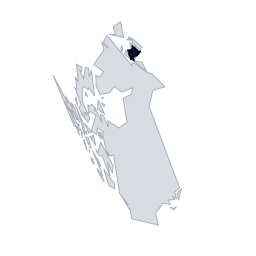 New Brunswick highlighted on a map of Canada, rotated 248°
{"feature_id": "CAN-684", "entity_name": "New Brunswick", "entity_type": "Province", "adm_level": 1, "iso_a3": "CAN", "parent_name": "Canada", "parent_adm1": "", "projection": "equal_earth", "projection_center": [-65.996, 46.339], "detail": "medium", "context": "in_parent", "style": "filled", "palette": "ink", "viewbox_px": 256, "rotation_deg": 248, "n_neighbors": 0, "source": "natural_earth", "source_scale": "10m", "svg_char_len": 5321}
<svg xmlns="http://www.w3.org/2000/svg" viewBox="0 0 256 256"><g transform="rotate(248 128 128)"><path d="M45.2,132.2L38.3,121.3L26.6,119.9L42.4,97.5L52.8,99.6L52.1,98.7L66.6,96.6L58.9,98.4L56.8,99.2L57.1,99.5L70.4,95.7L108.7,104.7L108.6,101.5L113.9,99.8L108.5,99.8L113.3,99.1L130.4,101.9L128.4,100.3L131.1,100.0L134.0,100.5L132.2,103.2L133.2,104.2L139.4,99.7L134.1,96.4L139.1,92.9L151.4,102.9L157.3,99.4L156.4,97.1L164.8,99.5L162.0,100.1L163.8,103.1L159.4,104.7L157.2,103.4L156.6,103.2L156.0,103.5L158.4,105.1L142.1,105.7L151.1,107.5L148.3,109.9L136.1,110.0L142.1,112.1L131.4,119.4L133.7,129.3L157.4,134.6L157.8,143.2L163.4,147.7L163.6,135.8L171.7,130.5L167.6,124.4L169.5,114.7L179.3,114.2L188.6,118.0L185.8,120.6L189.4,126.5L199.8,120.0L209.2,134.7L216.9,136.0L209.9,138.8L210.1,140.0L217.0,137.3L221.6,143.3L183.8,155.1L186.9,156.2L183.0,160.5L180.6,161.2L175.0,164.6L168.2,171.0L152.3,177.7L153.8,165.3L140.0,155.6L53.3,153.4L51.1,147.4L44.4,146.5L48.0,143.7L44.3,144.5L46.0,138.2L41.4,138.6L45.2,132.2ZM154.7,94.8L158.3,94.8L157.9,90.8L165.7,89.8L166.5,93.1L185.0,93.8L183.0,95.1L195.0,98.4L189.5,99.2L206.4,104.1L201.6,108.1L197.7,106.1L199.7,104.9L190.5,105.1L199.9,111.1L198.4,113.8L190.0,111.1L195.7,115.8L170.0,108.9L180.2,106.8L178.5,105.2L183.3,102.7L180.1,99.5L169.8,95.6L151.7,96.3L148.3,93.0L159.0,89.7L155.3,91.5L158.0,94.1L154.7,94.8ZM149.2,78.9L205.2,78.3L172.8,81.7L180.6,82.2L165.9,84.1L173.5,84.7L168.0,85.8L151.2,85.3L156.8,84.3L154.7,83.4L161.3,84.0L163.0,83.9L165.0,83.1L157.3,82.1L164.0,82.1L166.9,81.9L158.3,80.3L169.4,81.1L164.9,80.3L176.3,79.7L172.9,79.6L176.4,79.1L149.2,78.9ZM90.0,93.3L112.3,93.6L112.8,90.8L116.3,90.7L124.9,97.2L98.7,100.0L91.8,96.7L103.4,96.2L90.0,93.3ZM193.5,165.9L188.2,158.3L183.9,165.5L173.9,166.4L197.6,152.5L200.8,154.8L194.6,156.5L200.1,162.3L209.2,165.4L197.8,171.4L196.2,168.1L203.2,165.2L193.5,165.9ZM81.6,88.7L99.0,90.1L81.5,94.6L76.5,92.9L81.6,88.7ZM139.2,80.5L156.2,80.2L160.8,81.5L148.4,82.9L143.6,81.9L149.1,81.4L139.2,80.5ZM137.3,84.9L152.1,86.9L170.3,87.7L146.7,88.2L137.3,84.9ZM96.4,87.2L120.2,86.5L105.5,88.6L102.1,88.1L109.1,87.2L96.4,87.2ZM222.3,145.3L219.3,151.4L227.3,152.3L229.4,160.8L213.5,157.7L222.3,145.3ZM123.5,91.5L135.2,89.6L132.1,91.1L135.0,93.2L123.5,91.5ZM150.0,111.4L156.7,106.9L165.3,110.9L150.0,111.4ZM138.1,89.8L148.5,89.5L137.9,92.8L138.1,89.8ZM102.2,84.0L98.0,85.6L87.0,85.8L95.4,84.1L102.2,84.0ZM135.6,85.3L134.3,87.5L125.3,86.6L129.0,86.3L127.8,85.3L135.6,85.3ZM122.3,81.7L132.5,82.2L134.0,83.1L122.3,81.7ZM42.3,147.9L48.9,149.1L52.2,155.1L42.3,147.9ZM167.1,89.8L174.3,90.1L176.4,91.3L167.1,89.8ZM127.0,98.8L134.0,98.2L135.8,99.3L127.0,98.8ZM140.6,86.6L140.8,88.2L137.0,87.5L140.6,86.6ZM137.5,82.1L141.7,83.0L135.7,82.1L137.5,82.1ZM174.0,100.6L177.1,102.3L172.8,102.2L174.0,100.6ZM108.9,83.1L114.0,83.1L106.9,83.4L108.9,83.1ZM120.4,90.0L117.0,90.5L115.6,90.1L120.4,90.0ZM210.4,159.8L209.9,163.9L211.0,162.1L212.2,163.2L210.1,164.4L208.1,164.0L210.4,159.8ZM112.1,82.2L114.7,82.6L107.3,82.7L112.1,82.2ZM206.9,153.0L203.8,152.6L200.2,150.5L204.2,151.1L206.9,153.0ZM161.1,113.0L158.6,114.9L156.7,114.3L158.1,113.1L161.1,113.0ZM35.0,139.9L38.8,137.4L36.8,140.0L35.0,139.9ZM139.0,83.6L144.2,83.4L145.0,83.6L139.0,83.6ZM125.9,85.5L124.4,86.4L122.6,85.8L125.9,85.5ZM200.5,160.8L202.3,161.2L206.6,161.7L204.6,163.2L200.5,160.8ZM165.3,114.5L165.9,116.4L164.6,115.9L165.3,114.5ZM97.3,85.9L94.3,86.8L93.3,86.6L97.3,85.9ZM150.5,83.7L148.9,84.1L148.6,83.7L150.5,83.7ZM121.9,83.6L121.7,84.3L120.5,83.5L121.9,83.6ZM35.3,140.4L36.3,141.2L37.1,143.4L35.3,140.4Z" fill="#d9dde1" stroke="#a8b0b8" stroke-width="1"/><path d="M193.4,165.8L193.2,165.7L193.0,165.9L192.6,165.5L192.7,165.1L192.6,164.8L192.7,164.6L192.7,164.4L192.3,164.4L191.8,164.0L191.8,163.7L191.9,163.4L191.8,159.5L190.7,158.6L189.1,159.2L188.6,158.8L189.8,158.4L190.3,158.0L190.4,156.8L191.1,156.8L191.1,156.5L192.3,156.5L192.9,157.1L193.1,156.9L193.7,156.8L194.0,156.9L194.1,156.6L194.6,156.6L195.4,156.3L195.8,156.6L197.0,156.9L197.3,157.6L197.2,157.6L197.3,157.8L198.4,157.1L198.9,157.0L199.0,157.0L198.7,157.2L199.4,157.1L199.5,157.3L199.3,157.3L199.5,157.5L199.6,157.3L199.8,157.4L199.4,157.6L199.4,157.8L199.2,158.0L199.3,158.1L199.1,158.3L199.3,158.2L199.0,158.8L198.0,159.5L198.4,159.5L198.9,159.5L199.0,159.6L199.5,159.5L199.4,159.8L199.2,160.2L199.5,160.7L199.4,160.7L199.3,160.9L199.7,160.8L199.8,161.4L199.7,161.5L199.9,161.7L199.9,161.9L199.7,162.0L200.1,161.9L200.2,162.0L200.1,162.3L200.9,162.3L201.1,162.5L201.6,162.5L202.1,162.7L201.8,162.9L201.3,162.9L201.4,163.2L201.1,163.2L200.8,163.6L200.6,163.5L200.3,164.0L200.1,164.0L200.3,163.7L200.2,163.4L200.1,163.5L199.7,162.9L200.1,163.6L199.8,163.9L199.9,164.0L199.6,164.4L199.2,164.3L197.0,165.6L196.6,165.7L196.0,165.4L196.4,165.1L196.4,164.9L196.2,165.2L195.9,165.3L196.2,165.6L195.9,165.9L195.8,165.7L195.6,165.7L195.7,165.9L195.3,166.2L195.1,165.9L194.6,166.2L194.4,166.2L194.1,166.2L194.0,165.8L193.8,165.9L193.7,166.2L193.3,165.6L193.4,165.8ZM194.1,167.7L194.3,167.1L194.5,167.2L194.6,167.7L194.4,167.6L194.1,167.7ZM200.2,156.9L200.2,156.7L200.1,157.2L199.8,157.4L199.7,157.3L199.8,157.2L199.7,157.1L199.8,156.9L200.2,156.9ZM200.0,156.8L200.2,156.5L200.0,156.8ZM194.1,166.6L194.0,167.0L193.9,166.8L194.1,166.6ZM194.0,166.3L193.9,166.7L194.0,166.3Z" fill="#0f172a" stroke="#020617" stroke-width="1.5"/></g></svg>